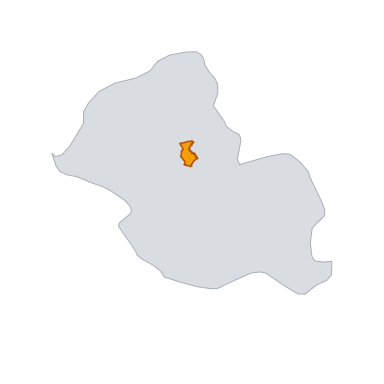 Kicukiro, Kigali City, Rwanda shown in context, rotated 249°
{"feature_id": "39286606B56607574087647", "entity_name": "Kicukiro", "entity_type": "district", "adm_level": 2, "iso_a3": "RWA", "parent_name": "Rwanda", "parent_adm1": "Kigali City", "projection": "albers", "projection_center": [30.116, -2.016], "detail": "fine", "context": "in_parent", "style": "filled", "palette": "amber", "viewbox_px": 384, "rotation_deg": 249, "n_neighbors": 0, "source": "geoboundaries", "source_scale": "gbopen_adm2", "svg_char_len": 5067}
<svg xmlns="http://www.w3.org/2000/svg" viewBox="0 0 384 384"><g transform="rotate(249 192 192)"><path d="M152.9,118.2L157.3,118.1L186.3,111.1L189.2,113.3L193.9,126.8L196.4,128.7L200.4,129.2L208.6,126.1L223.5,115.6L230.1,109.2L237.7,100.2L247.6,90.0L253.0,81.2L258.4,76.0L265.4,74.4L273.2,74.8L278.6,75.0L274.1,77.1L273.2,83.6L278.3,94.0L295.0,115.4L305.6,119.4L312.5,127.7L319.3,141.8L321.3,159.4L318.5,180.5L320.1,196.3L326.3,206.6L327.9,220.0L324.9,236.4L321.4,246.2L317.2,249.5L312.5,250.7L306.1,249.6L298.2,251.0L289.7,254.1L284.4,254.5L281.0,253.9L274.8,251.3L264.8,242.8L246.3,247.5L241.3,247.4L234.5,251.4L229.0,256.4L225.7,256.7L222.2,256.0L206.3,246.0L200.5,246.3L198.1,274.5L195.4,290.1L192.1,297.1L180.7,303.9L169.3,307.7L163.0,307.4L137.7,309.5L127.8,309.6L122.4,307.3L115.3,291.3L101.9,284.2L89.1,280.9L83.8,281.8L79.2,290.2L77.3,297.7L64.8,292.6L61.1,286.2L60.7,275.5L56.1,260.9L58.7,254.6L63.5,250.6L73.9,242.8L89.6,232.1L93.0,226.9L95.2,218.4L94.2,198.6L92.7,181.8L94.5,175.9L101.7,162.9L111.3,149.7L122.5,135.7L129.3,134.3L138.2,129.0L147.6,121.1L152.9,118.2Z" fill="#d9dde1" stroke="#a8b0b8" stroke-width="1"/><path d="M221.5,209.0L221.8,208.7L222.0,208.6L222.3,208.7L222.2,208.9L222.1,209.2L222.3,209.3L222.5,209.1L222.7,208.8L222.7,209.3L222.8,209.3L223.0,209.0L223.1,208.9L223.2,208.5L223.2,208.4L223.3,208.4L223.5,208.4L223.5,208.2L223.8,208.2L223.8,208.5L224.0,208.4L224.3,208.4L224.4,208.5L224.5,208.5L224.6,208.2L224.8,208.4L224.8,208.6L225.0,208.5L225.1,208.4L225.2,208.5L225.3,208.6L225.6,208.4L225.6,208.2L225.8,208.0L225.8,208.4L225.8,208.6L226.0,208.6L225.9,208.3L226.0,208.2L226.6,208.1L226.8,208.1L226.7,208.0L226.5,207.9L226.4,207.7L226.5,207.4L226.9,207.4L226.9,207.5L227.0,207.7L227.4,207.3L227.4,207.2L227.2,207.1L227.5,207.0L227.6,206.6L227.8,206.5L228.0,207.0L228.1,206.9L228.3,206.8L228.3,206.7L228.0,206.5L228.0,206.4L228.4,206.5L228.5,206.4L228.3,206.1L228.3,205.9L228.5,206.1L228.8,206.0L228.9,205.8L229.0,205.8L229.0,206.1L229.5,205.9L229.7,206.1L229.9,205.9L230.0,205.7L230.3,205.6L230.3,205.4L230.4,205.2L230.6,205.3L230.8,205.5L231.1,205.4L231.2,205.2L231.1,204.9L231.5,204.9L231.7,204.6L231.8,204.7L231.9,205.0L232.0,205.1L232.3,205.1L232.3,204.7L232.5,204.7L233.0,204.8L233.0,204.6L233.0,204.4L233.2,204.5L233.4,204.7L233.4,204.9L233.4,205.3L233.5,205.3L233.9,205.5L233.9,205.4L233.9,205.1L234.0,205.1L234.3,205.4L234.5,205.5L234.5,205.8L234.8,205.8L235.0,206.0L235.1,206.3L235.4,206.3L235.5,206.5L235.4,206.8L235.5,206.9L235.6,207.0L235.6,207.3L235.6,207.5L235.8,207.7L236.0,207.8L235.9,207.9L235.7,208.0L235.8,208.5L235.8,208.8L236.0,208.9L236.4,208.6L236.6,208.4L236.7,208.5L236.6,209.0L237.0,209.0L236.8,209.3L236.9,209.6L237.0,209.6L237.4,209.4L237.5,209.5L237.3,209.7L237.3,209.8L237.7,209.7L237.7,209.8L237.6,210.0L237.4,210.3L237.4,210.5L237.5,210.6L237.8,210.8L237.8,211.2L237.9,211.4L238.0,211.3L238.0,211.2L238.3,210.8L238.5,210.9L238.6,210.6L238.8,210.7L239.0,210.6L239.3,210.3L239.6,210.4L239.8,210.2L239.7,210.0L239.7,209.6L239.8,209.5L239.6,208.8L239.9,208.3L239.9,208.2L240.0,208.1L239.9,207.9L240.1,207.8L240.3,207.6L240.5,207.1L240.6,206.6L240.6,206.4L240.6,206.2L240.6,205.7L240.7,205.3L240.7,205.2L240.7,204.9L240.7,204.6L240.8,204.3L240.9,204.1L240.9,203.3L240.8,202.8L240.9,202.6L240.8,202.2L240.9,201.8L240.9,201.7L241.1,201.4L241.2,201.0L241.3,200.8L241.4,200.7L241.5,199.8L241.7,198.9L241.7,198.5L241.7,198.3L241.7,198.2L241.3,198.0L241.1,198.1L240.8,198.2L240.7,198.2L239.6,198.3L239.4,198.3L239.0,198.4L238.7,198.6L238.4,198.9L238.2,198.9L237.8,198.9L237.6,198.9L237.3,198.9L237.2,198.9L236.4,198.9L235.9,198.9L235.0,199.0L234.7,198.9L234.6,198.1L234.6,197.7L234.4,197.4L234.2,197.1L233.9,196.7L233.7,196.7L233.4,196.5L233.2,196.4L232.8,196.3L232.5,196.2L232.3,196.2L231.9,196.0L230.7,195.3L230.0,194.6L229.8,194.6L229.3,194.5L228.9,194.4L228.7,194.3L228.7,194.2L228.5,194.3L227.9,194.6L227.6,194.8L227.0,195.2L226.9,195.3L226.7,195.3L226.5,195.5L226.2,195.4L225.7,195.2L225.1,195.3L224.8,195.5L224.4,195.7L224.1,195.8L223.8,195.9L223.6,196.3L223.4,196.4L223.5,196.3L223.2,196.0L223.1,195.8L223.1,196.1L222.8,196.0L222.6,195.9L222.4,195.9L221.5,195.7L221.4,195.6L221.3,195.8L221.1,195.7L220.7,195.4L220.4,195.0L220.3,194.8L220.2,194.5L219.9,194.7L219.7,194.8L219.5,195.1L219.5,195.6L219.5,196.0L219.2,196.5L218.8,196.7L218.7,196.8L218.7,196.7L218.6,196.8L218.2,196.8L218.1,197.0L218.2,197.3L218.2,197.5L218.1,197.9L217.9,198.0L217.7,198.3L217.5,198.5L217.4,198.6L217.1,198.8L217.0,199.0L216.9,199.3L216.7,199.5L216.4,199.6L216.6,199.8L216.6,200.0L216.5,200.3L216.5,200.5L216.4,200.9L216.4,201.0L216.7,200.8L216.9,200.8L217.0,200.9L217.2,201.0L217.5,201.2L217.6,201.4L217.8,201.5L218.0,201.5L218.0,201.4L218.1,201.5L218.5,201.7L218.5,201.8L218.4,202.1L218.5,202.3L218.7,202.9L219.0,203.0L219.5,203.4L219.7,203.5L219.9,204.1L219.8,204.3L220.0,204.6L220.4,204.8L220.4,205.4L220.5,205.7L220.7,205.9L220.8,205.8L220.9,206.0L220.8,206.6L220.9,207.0L220.9,207.6L221.0,208.0L221.0,208.3L221.2,208.6L221.6,208.7L221.5,208.9L221.5,209.0Z" fill="#f59e0b" stroke="#b45309" stroke-width="1.5"/></g></svg>